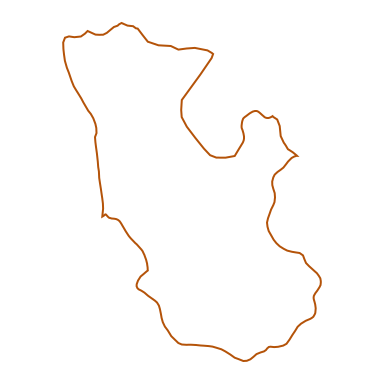 the district of Kapho, Pattani, Thailand
{"feature_id": "78962969B23188971822264", "entity_name": "Kapho", "entity_type": "district", "adm_level": 2, "iso_a3": "THA", "parent_name": "Thailand", "parent_adm1": "Pattani", "projection": "natural_earth1", "projection_center": [101.548, 6.613], "detail": "fine", "context": "isolated", "style": "outline", "palette": "amber", "viewbox_px": 384, "rotation_deg": 0, "n_neighbors": 0, "source": "geoboundaries", "source_scale": "gbopen_adm2", "svg_char_len": 4129}
<svg xmlns="http://www.w3.org/2000/svg" viewBox="0 0 384 384"><path d="M297.1,155.9L296.6,155.4L295.5,154.5L294.9,154.0L292.8,152.3L291.9,151.7L290.2,150.6L289.3,150.0L288.2,149.4L287.9,149.1L287.5,148.5L286.0,145.9L284.9,144.2L284.3,143.4L283.8,142.7L283.0,141.0L280.7,136.1L279.7,126.0L277.2,119.5L272.6,116.5L272.5,116.2L270.8,117.2L269.6,117.7L269.2,117.8L268.5,118.0L268.1,118.0L267.7,118.0L267.2,118.0L266.5,117.9L266.1,117.8L265.8,117.7L265.3,117.5L264.5,117.1L264.2,116.8L263.8,116.4L263.1,115.8L262.6,115.4L260.4,113.4L259.1,112.3L258.4,111.8L258.1,111.6L257.3,111.2L256.9,111.1L256.4,111.0L256.1,111.0L255.4,111.0L254.9,111.0L254.1,111.2L253.2,111.5L252.7,111.6L252.2,111.9L251.2,112.5L250.9,112.6L249.5,113.5L247.4,115.1L245.7,116.4L245.2,116.7L243.9,117.8L243.5,118.2L243.2,118.6L243.0,119.0L242.8,119.6L242.4,120.7L242.2,121.5L242.1,121.9L241.9,123.2L241.6,125.6L241.6,126.2L241.6,127.2L241.7,127.9L241.8,128.3L242.1,129.1L242.6,130.3L242.7,130.8L243.1,132.1L243.5,133.6L243.7,134.8L244.0,136.4L244.0,137.4L244.0,138.6L243.9,139.1L243.8,139.9L243.7,140.3L243.3,141.4L243.0,142.2L242.7,142.8L241.1,145.4L241.0,145.6L239.7,147.7L238.6,149.5L234.7,156.0L225.4,157.7L216.3,157.6L210.1,155.2L204.0,148.7L195.4,138.0L186.8,126.7L181.7,117.1L181.2,110.0L181.8,100.0L200.3,74.6L211.6,58.1L213.1,54.0L211.9,53.0L207.5,50.4L194.8,47.9L186.6,48.5L178.4,49.6L170.8,46.0L158.5,45.3L147.8,41.7L142.7,35.2L137.7,28.6L135.9,28.3L133.1,26.2L127.5,25.6L121.5,23.0L119.1,24.3L117.6,25.7L113.9,27.0L110.5,29.8L106.8,32.9L103.2,34.7L99.2,34.8L95.5,34.6L87.6,31.0L84.9,33.7L80.9,36.5L74.3,37.2L69.0,36.4L65.0,37.7L63.2,42.5L63.4,48.5L63.5,49.9L64.0,54.4L64.9,60.8L66.9,67.8L68.8,72.6L71.7,81.1L73.8,86.3L75.9,89.8L78.6,94.1L81.3,98.5L83.4,102.5L88.2,110.7L90.8,113.9L93.3,118.3L95.4,123.9L96.3,128.0L96.5,133.1L95.0,137.1L95.4,142.1L96.0,146.9L96.9,153.4L97.8,161.7L98.2,167.0L98.9,171.4L99.2,177.9L100.0,183.3L100.9,189.0L101.5,193.2L102.3,198.6L102.9,203.5L103.1,208.6L102.3,216.6L103.0,216.2L104.2,215.4L104.3,215.3L105.3,214.4L105.7,214.4L106.1,214.7L106.8,215.5L107.8,216.6L108.5,217.3L109.0,217.7L109.9,218.0L110.7,218.2L111.6,218.5L112.9,218.6L113.0,218.6L114.8,218.8L115.7,219.0L116.2,219.1L116.7,219.3L117.8,219.8L118.4,220.2L119.6,221.2L119.7,221.4L120.4,222.3L121.6,224.2L122.5,225.8L122.7,226.1L125.5,230.9L125.8,231.4L128.6,235.7L129.3,236.6L130.9,238.5L135.4,243.2L136.5,244.1L137.8,245.5L141.0,249.1L141.5,249.6L141.7,250.0L142.5,251.0L142.8,251.6L143.9,254.0L144.3,254.7L144.6,255.6L145.5,258.1L146.1,259.7L146.7,262.1L147.1,263.6L147.1,263.8L147.2,264.7L147.6,267.4L147.7,269.8L147.8,270.5L146.5,271.5L143.5,274.1L140.6,276.5L138.0,280.6L136.7,284.2L136.6,286.2L137.4,288.1L138.6,289.3L141.4,290.7L144.4,292.6L148.1,295.8L155.0,300.7L157.0,302.5L158.9,305.6L159.9,309.0L160.9,313.9L161.6,317.9L162.8,322.2L164.9,326.6L167.7,330.3L171.3,336.2L175.1,339.9L178.3,343.0L181.8,344.5L186.3,344.8L190.3,344.7L196.0,345.0L200.7,345.5L203.9,345.7L208.9,346.1L212.5,346.6L216.9,347.9L221.4,349.3L225.3,351.4L230.4,354.6L234.7,357.7L238.8,359.2L243.3,361.0L246.8,360.8L250.4,359.3L253.5,356.8L256.5,354.1L260.7,352.4L264.0,351.4L266.0,350.0L267.2,348.4L268.8,347.0L270.5,346.7L274.1,347.1L278.1,346.8L283.2,345.6L286.5,343.8L289.6,339.5L292.5,334.8L295.0,331.1L297.7,326.7L301.0,323.7L305.7,320.8L310.4,318.8L312.0,317.8L313.3,316.8L313.9,315.8L314.8,314.2L315.3,312.9L315.5,310.7L315.7,308.3L315.2,304.5L314.6,302.1L313.8,299.3L313.6,297.9L313.8,296.1L314.2,295.2L315.4,293.1L317.3,290.6L319.6,287.0L320.2,285.7L320.5,285.2L320.8,282.8L320.8,281.1L320.3,278.3L319.4,276.8L318.8,275.8L316.9,273.2L314.3,270.9L312.0,268.8L309.1,266.2L306.0,263.0L304.4,259.2L303.0,255.4L299.6,253.0L295.6,252.4L292.0,251.8L287.2,250.6L283.7,248.8L279.7,246.3L276.4,243.2L273.7,239.8L271.6,236.1L268.7,231.0L267.5,226.7L267.0,222.6L268.0,218.3L269.6,213.8L271.1,209.5L273.3,205.1L274.5,202.1L275.0,197.4L274.7,193.1L273.3,188.8L272.3,185.1L272.2,181.5L273.3,177.4L274.7,174.6L277.5,172.0L280.6,169.8L283.4,167.6L286.0,164.3L288.1,161.5L289.7,159.9L291.6,158.0L293.9,156.7L296.2,155.9L297.1,155.9Z" fill="none" stroke="#b45309" stroke-width="2"/></svg>